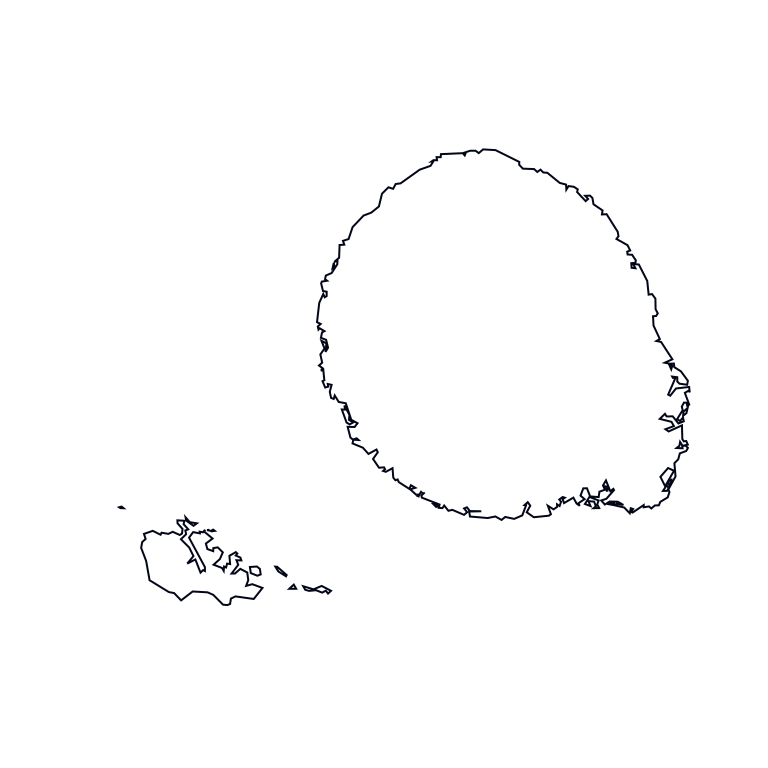 outline of Gizo-Kolombangara, Western, Solomon Islands, rotated 342°
{"feature_id": "97153195B6288223256746", "entity_name": "Gizo-Kolombangara", "entity_type": "district", "adm_level": 2, "iso_a3": "SLB", "parent_name": "Solomon Islands", "parent_adm1": "Western", "projection": "mercator", "projection_center": [157.005, -7.99], "detail": "fine", "context": "isolated", "style": "outline", "palette": "ink", "viewbox_px": 768, "rotation_deg": 342, "n_neighbors": 0, "source": "geoboundaries", "source_scale": "gbopen_adm2", "svg_char_len": 6179}
<svg xmlns="http://www.w3.org/2000/svg" viewBox="0 0 768 768"><g transform="rotate(342 384 384)"><path d="M674.0,474.8L670.3,463.7L665.3,457.7L666.0,454.1L661.9,453.0L663.8,455.8L661.7,458.8L661.1,452.5L657.6,450.5L665.9,449.6L660.5,429.6L656.4,427.3L660.2,426.5L658.4,411.7L660.8,402.7L663.8,403.4L666.2,401.4L665.4,396.8L668.5,386.7L666.7,381.3L663.3,380.8L666.2,367.4L663.3,349.1L658.0,346.9L658.9,351.6L655.4,350.0L656.5,345.5L660.6,346.4L661.7,344.3L659.9,337.8L655.7,336.1L656.2,333.3L659.4,333.1L658.5,327.2L649.9,317.9L652.7,315.9L653.3,311.4L648.2,291.3L643.7,290.1L645.5,286.5L638.8,277.8L639.7,271.4L638.1,268.5L633.5,267.2L635.3,271.1L632.3,272.4L627.0,261.1L628.4,258.7L625.5,255.1L620.7,252.8L617.5,255.5L618.8,250.6L613.3,247.1L604.6,233.6L600.8,232.0L599.1,228.5L595.3,229.7L593.2,226.0L582.6,222.1L580.3,217.2L581.3,214.6L562.3,196.0L550.7,191.5L545.5,193.7L543.1,190.4L538.1,188.8L530.8,188.8L532.6,190.2L531.4,191.6L530.2,188.8L509.2,183.0L508.0,185.8L504.1,184.5L503.6,187.6L500.2,186.4L498.0,187.1L499.7,187.5L495.7,190.9L484.2,191.2L461.7,198.3L456.9,197.4L453.0,201.2L449.0,198.3L440.9,202.4L434.0,213.6L424.8,217.1L416.6,217.5L402.6,225.1L395.1,235.2L389.2,235.2L389.3,239.2L384.7,238.1L380.3,250.1L374.4,252.5L377.7,252.7L376.6,255.7L368.5,262.3L362.2,262.9L360.3,266.1L361.8,268.2L356.5,267.4L355.3,268.9L354.7,276.7L358.0,278.5L356.6,282.7L354.4,283.2L354.0,279.7L347.5,286.8L339.4,304.5L342.3,307.3L338.8,308.9L338.5,312.0L340.0,311.1L343.7,315.3L341.0,315.8L338.3,320.6L342.6,324.1L342.0,332.2L338.3,335.4L341.8,327.6L337.9,323.6L338.4,331.9L332.6,336.2L331.8,344.6L327.9,346.3L330.9,350.6L328.4,362.0L326.4,362.3L327.0,369.2L330.2,369.3L330.5,366.6L333.9,368.6L330.0,374.7L329.4,380.9L331.5,382.7L333.6,379.7L335.4,387.1L341.7,390.5L341.8,407.9L346.7,413.1L342.8,415.8L336.2,413.5L335.5,424.6L337.2,427.2L341.2,427.2L342.5,429.4L337.6,427.5L335.7,430.8L344.2,438.0L347.6,445.7L356.6,444.0L357.0,447.0L350.4,451.9L353.4,462.1L358.3,463.3L358.7,465.3L356.3,466.4L358.6,468.1L366.1,466.7L363.9,475.9L365.1,479.1L367.5,479.0L367.7,481.8L375.7,491.6L378.3,488.6L381.7,492.4L376.4,492.3L380.4,499.3L383.7,500.0L385.9,498.0L387.3,500.6L389.2,499.7L385.1,501.6L384.9,503.8L399.6,515.8L397.8,518.7L401.2,520.1L403.7,518.2L406.1,524.5L410.1,524.8L419.7,533.2L423.5,531.6L421.7,527.1L424.8,526.9L426.4,531.4L437.2,535.1L425.6,531.6L424.8,536.6L441.2,543.5L449.0,544.4L453.8,549.6L458.2,547.9L466.1,552.5L474.9,551.7L481.6,543.3L480.2,542.6L484.2,540.8L485.5,544.9L480.1,550.1L485.3,557.0L500.1,560.2L502.5,559.4L502.2,550.4L506.5,555.6L510.7,554.4L511.4,551.9L513.3,554.3L516.0,550.7L515.0,548.0L519.0,546.7L520.8,548.0L518.3,548.8L518.4,552.9L529.0,550.6L530.2,557.2L532.5,560.3L532.0,557.5L539.2,555.5L536.4,550.9L541.3,544.8L544.8,545.9L545.3,554.6L553.2,557.9L555.6,553.0L561.5,552.8L560.9,548.2L565.3,544.3L566.1,555.9L569.7,554.6L570.0,556.0L560.0,561.9L554.6,561.9L556.8,566.9L562.3,565.5L570.0,568.2L574.3,573.0L568.3,569.7L566.6,571.1L574.3,575.7L577.8,582.9L580.3,578.4L582.3,579.9L579.4,582.0L580.7,583.1L593.6,579.4L592.9,581.5L598.1,582.3L599.8,585.0L604.0,583.2L607.9,584.3L610.3,581.5L618.8,579.5L622.1,575.0L621.8,571.6L620.1,573.1L616.3,571.9L619.9,569.0L618.2,557.7L628.2,551.7L633.0,556.1L623.7,564.6L627.7,563.9L627.1,565.7L624.0,567.8L623.7,565.9L621.2,566.8L622.8,571.3L632.7,562.0L635.7,549.1L640.6,546.5L643.9,541.4L650.7,541.1L653.3,538.7L651.8,535.7L648.4,535.3L648.1,537.4L642.5,535.3L645.9,534.0L647.7,530.6L648.9,535.1L654.2,535.5L653.8,531.6L651.4,531.2L650.7,528.6L654.6,515.4L640.1,517.1L637.7,514.0L646.7,513.6L645.7,508.8L635.5,502.4L642.0,499.2L642.7,502.1L648.6,504.0L651.8,512.5L657.6,512.1L658.0,508.3L654.1,510.7L652.0,507.9L660.0,501.2L660.2,497.6L663.5,494.4L666.0,495.3L665.7,498.4L667.9,497.9L667.4,485.4L671.8,484.4L672.2,486.4L673.3,481.1L660.3,478.5L652.6,483.6L651.0,481.9L663.2,468.1L660.7,467.5L660.4,466.0L665.0,468.2L663.7,472.3L665.1,475.0L672.1,478.4L674.0,474.8ZM205.4,540.4L196.9,533.7L190.5,533.4L194.3,528.6L195.7,521.0L190.2,515.4L183.8,518.2L180.5,517.2L189.5,510.9L189.2,506.0L193.8,507.7L193.8,504.7L190.0,501.3L192.1,499.9L191.1,498.1L183.9,499.6L182.0,507.7L179.3,506.3L177.1,509.7L175.5,508.2L173.8,512.2L173.1,508.9L166.1,503.2L173.8,499.8L178.7,494.3L175.4,488.0L171.0,487.3L169.9,490.2L165.0,486.4L165.3,480.7L173.2,478.0L167.5,469.0L168.7,467.3L166.1,469.1L163.1,467.5L162.8,469.2L156.7,465.9L151.1,469.9L157.1,502.8L155.9,506.5L154.5,505.1L151.2,506.7L150.4,492.6L141.4,494.0L149.6,488.8L148.2,479.3L142.9,468.9L149.4,465.7L149.8,461.9L152.9,461.7L150.1,455.4L151.9,452.4L145.4,449.8L144.6,452.7L147.6,459.6L145.7,463.8L143.1,464.5L137.4,459.3L132.6,459.9L126.5,456.7L124.9,458.3L118.7,452.2L109.4,452.4L109.4,457.7L105.2,459.6L102.4,464.8L103.1,478.8L100.4,498.2L115.1,515.4L119.8,518.0L124.2,527.1L137.9,522.2L151.8,527.6L156.5,531.8L162.7,544.1L166.6,545.8L169.6,545.7L172.1,540.8L177.1,540.1L193.7,548.2L205.4,540.4ZM269.7,564.3L262.3,556.8L253.5,557.5L244.7,551.4L245.5,555.4L248.8,557.6L255.6,559.1L260.7,563.3L264.8,562.6L266.0,566.0L269.7,564.3ZM343.0,411.0L339.6,407.3L341.6,402.7L339.7,392.2L339.1,396.3L336.0,395.2L336.5,409.1L338.8,411.8L343.0,411.0ZM208.8,521.5L206.7,518.3L199.9,516.6L198.9,522.7L204.3,527.2L207.9,527.0L208.8,521.5ZM552.1,561.1L544.5,554.9L538.0,560.2L542.7,563.9L542.2,558.5L547.5,560.8L547.7,565.8L545.0,566.9L550.3,568.5L549.6,564.4L552.1,561.1ZM232.4,535.6L225.9,524.8L224.2,524.1L225.6,529.7L231.4,536.6L232.4,535.6ZM237.2,551.6L236.2,546.9L230.6,549.5L237.2,551.6ZM163.0,458.7L156.6,455.4L154.1,449.5L153.7,452.8L159.0,460.0L163.0,458.7ZM665.3,500.7L660.3,502.8L658.7,506.6L662.6,505.2L665.3,500.7ZM398.0,517.1L396.1,513.8L393.7,513.2L395.6,517.0L398.0,517.1ZM566.2,568.6L563.9,567.6L559.1,567.0L565.7,570.5L566.2,568.6ZM565.4,551.0L562.6,549.6L562.8,554.4L563.6,554.5L565.4,551.0ZM373.0,257.3L373.8,253.1L370.8,258.1L373.0,257.3ZM98.0,421.7L96.6,419.5L94.0,419.4L95.0,420.6L98.0,421.7ZM177.7,471.4L176.5,469.7L173.9,470.2L174.3,470.8L177.7,471.4ZM382.2,501.6L383.2,500.2L381.5,501.0L382.2,501.6ZM328.6,352.7L329.3,351.5L329.3,350.2L328.6,352.7ZM172.6,469.4L172.1,468.5L170.5,468.3L172.6,469.4Z" fill="none" stroke="#020617" stroke-width="2"/></g></svg>